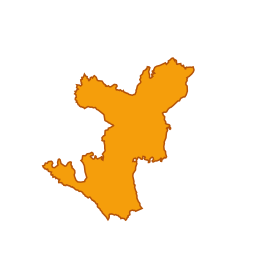 Kubake, Maseru, Lesotho, rotated 48°
{"feature_id": "5366337B67565393962303", "entity_name": "Kubake", "entity_type": "district", "adm_level": 2, "iso_a3": "LSO", "parent_name": "Lesotho", "parent_adm1": "Maseru", "projection": "orthographic", "projection_center": [27.695, -29.673], "detail": "fine", "context": "isolated", "style": "filled", "palette": "amber", "viewbox_px": 256, "rotation_deg": 48, "n_neighbors": 0, "source": "geoboundaries", "source_scale": "gbopen_adm2", "svg_char_len": 5938}
<svg xmlns="http://www.w3.org/2000/svg" viewBox="0 0 256 256"><g transform="rotate(48 128 128)"><path d="M190.6,193.9L191.0,192.8L193.0,191.3L194.8,191.5L195.0,190.6L194.0,188.2L194.3,187.4L193.3,186.8L193.7,184.6L191.8,183.3L191.1,182.2L191.3,181.1L192.2,179.4L193.2,179.0L193.8,178.1L195.0,178.0L197.2,171.3L194.4,171.2L193.3,170.8L192.0,169.7L189.6,169.5L186.1,168.3L184.2,166.6L182.1,165.7L181.7,164.7L180.1,164.4L176.5,162.8L175.9,161.9L175.3,161.7L175.2,161.0L173.8,161.1L172.8,160.5L171.8,159.4L166.9,156.6L165.3,154.7L164.2,150.5L162.1,148.4L160.5,145.3L159.2,144.7L158.9,144.1L158.0,144.1L157.4,145.7L156.7,145.9L156.1,146.8L154.8,144.8L154.7,144.0L155.5,142.6L157.6,142.9L156.6,140.3L156.7,139.8L158.3,139.1L159.9,139.1L160.7,138.3L160.6,137.7L159.1,135.9L160.3,134.9L161.3,134.8L161.6,136.2L162.5,136.6L164.2,135.6L165.1,134.7L166.2,134.7L167.3,135.9L167.7,135.5L167.8,134.4L165.7,132.5L165.6,130.3L165.9,129.5L166.9,129.3L168.4,130.0L168.6,132.1L169.6,132.3L170.1,132.0L170.7,129.8L171.7,128.7L172.6,126.2L172.7,124.7L172.4,124.1L172.8,123.6L173.2,123.9L174.2,125.7L174.6,125.9L175.3,125.4L174.0,123.4L174.6,121.8L174.2,120.7L175.5,120.0L175.2,118.6L172.4,117.3L170.5,115.8L168.5,115.8L165.7,113.8L163.6,111.1L162.7,110.6L160.7,106.4L157.1,102.4L156.2,100.2L154.8,99.3L154.2,99.7L154.0,99.4L154.0,98.5L154.4,98.0L155.6,97.4L156.4,97.8L157.1,97.6L157.1,96.9L156.5,96.3L155.3,96.1L154.6,96.6L154.0,95.2L153.0,95.3L150.6,96.9L149.8,97.0L149.7,96.6L148.4,95.8L146.2,95.5L144.2,93.2L142.1,93.2L140.0,92.4L140.3,90.6L141.2,89.8L141.8,88.6L140.9,85.7L140.8,83.7L141.4,81.9L141.5,79.4L141.3,72.8L142.1,71.9L142.2,71.4L141.2,69.0L142.1,65.8L142.9,65.0L142.7,64.1L142.3,62.6L140.3,59.2L136.4,56.0L134.4,55.9L133.0,54.6L132.4,52.4L131.3,51.8L131.1,50.9L130.0,50.7L130.5,48.1L130.5,44.6L130.0,41.9L129.0,40.1L126.2,38.7L125.3,40.4L124.6,40.8L122.3,43.8L121.9,43.9L121.9,44.7L122.6,45.5L122.3,45.9L121.2,45.4L120.1,45.7L118.7,44.9L118.3,45.0L118.4,46.2L118.0,46.4L116.5,46.4L115.4,45.7L113.8,48.1L113.8,48.6L113.1,49.1L110.2,46.9L108.2,47.5L109.0,48.2L106.1,47.7L105.4,49.2L105.6,50.8L105.2,53.2L106.3,53.9L106.4,56.9L104.6,56.6L102.8,62.5L101.3,65.4L100.9,67.5L101.9,69.8L102.5,70.2L102.0,71.9L103.0,72.4L103.7,71.5L105.2,71.5L103.8,74.5L104.0,74.7L105.0,74.3L105.2,75.1L106.2,75.0L106.0,76.3L106.4,76.5L106.0,78.0L105.0,78.3L103.1,76.6L100.0,75.0L98.0,71.7L97.8,72.0L97.1,71.4L96.7,71.5L96.4,71.7L96.6,72.0L95.4,72.6L96.7,74.6L96.3,74.8L96.6,75.8L96.0,78.4L97.6,81.2L97.6,83.9L99.3,85.0L99.9,86.8L102.4,87.6L102.8,89.1L102.6,90.6L103.0,92.9L105.1,95.9L105.2,96.6L106.5,97.7L107.7,100.4L106.9,101.5L106.6,102.9L103.5,104.9L102.0,105.0L101.2,105.9L100.5,105.9L99.8,106.5L99.4,106.4L98.9,106.9L97.5,106.6L97.7,106.9L96.4,107.6L96.4,107.9L94.6,108.1L94.4,109.2L93.8,109.2L93.5,109.9L92.4,110.3L91.9,111.1L90.2,110.5L89.8,109.8L89.8,108.4L88.9,107.7L88.0,107.7L86.4,109.1L85.9,113.2L84.9,114.2L83.5,114.3L83.0,115.8L82.1,116.4L81.8,116.0L81.4,116.4L80.8,115.9L78.8,116.4L75.8,115.9L72.9,118.5L71.8,118.8L69.1,117.7L66.6,118.0L66.5,119.1L67.1,120.9L65.8,121.1L65.6,121.7L65.6,122.7L66.6,123.5L66.7,125.4L66.4,125.5L65.7,124.7L63.5,125.0L62.5,124.0L61.2,124.7L58.8,124.3L60.2,126.8L60.3,127.5L59.5,128.3L59.7,128.8L61.1,129.1L61.2,129.4L60.6,130.9L62.4,132.1L63.6,132.3L63.7,132.9L64.9,133.2L65.2,134.2L65.0,135.2L63.7,135.4L61.6,137.2L62.5,137.4L63.6,139.2L65.8,139.0L65.4,140.5L66.0,141.7L65.4,142.8L66.3,142.8L66.6,143.1L66.9,144.8L68.4,144.4L70.6,145.9L70.4,146.8L71.2,147.9L71.8,148.2L73.3,147.8L74.2,149.1L74.9,148.5L77.3,149.4L78.5,149.0L79.2,149.3L80.7,148.9L81.0,148.3L82.0,148.1L83.0,147.2L84.4,147.3L85.3,143.3L87.1,142.3L88.5,140.7L89.7,140.3L91.0,138.5L93.2,138.8L94.7,138.1L101.3,137.0L102.3,137.1L106.8,140.0L107.4,140.0L109.8,139.0L111.0,139.0L112.2,138.3L114.7,137.7L115.3,137.1L116.6,137.2L115.9,140.8L115.0,142.7L115.9,143.9L115.8,144.4L114.7,146.3L114.7,146.8L118.0,150.2L117.5,151.5L117.8,153.9L119.2,154.7L119.9,155.7L121.0,155.2L121.6,154.3L122.1,154.4L122.6,155.3L125.3,156.9L127.7,159.0L129.6,160.2L130.3,164.5L131.9,164.8L133.0,165.5L135.1,168.2L133.6,168.6L132.8,167.8L132.5,166.8L132.0,166.7L131.6,167.0L131.8,167.6L130.6,171.3L128.4,171.7L127.9,170.8L127.0,170.8L126.8,171.1L128.3,173.4L128.1,174.4L127.5,174.8L124.1,175.1L123.9,174.5L124.2,173.4L124.9,172.6L124.7,171.8L123.4,170.9L121.9,171.2L121.3,173.5L119.9,175.5L119.8,176.5L120.2,177.5L120.1,178.2L118.6,179.8L118.4,180.4L120.8,183.3L120.6,184.7L123.5,184.7L126.8,185.7L131.8,189.2L137.3,191.8L138.0,195.0L138.8,196.0L136.7,199.3L134.4,201.4L132.1,201.6L128.5,200.3L126.8,199.3L125.8,197.5L124.0,196.1L121.0,196.0L120.1,196.3L119.1,195.2L118.8,195.5L117.0,194.8L115.5,193.1L114.9,193.4L114.4,193.7L113.8,195.6L114.7,199.1L114.6,199.8L114.0,200.5L109.6,201.5L106.1,199.7L105.0,199.9L104.8,200.8L106.4,203.3L108.7,204.8L108.4,209.0L107.1,210.2L106.3,210.3L104.5,209.3L103.9,207.5L102.3,207.0L101.4,207.2L99.7,209.7L100.2,211.6L98.8,212.9L99.9,215.0L99.1,216.7L100.9,217.3L102.2,216.8L102.8,217.1L103.3,216.5L104.4,216.3L104.7,215.5L105.1,215.9L105.9,215.5L107.0,216.1L109.6,214.4L110.2,215.6L111.2,216.5L112.0,216.2L112.4,215.3L114.4,216.7L115.3,214.9L117.1,215.3L117.0,214.7L119.8,213.9L120.5,213.2L120.9,213.7L120.9,214.9L122.2,216.0L124.3,213.8L125.4,214.2L127.0,213.7L127.6,214.0L129.2,212.7L129.0,211.9L130.3,211.0L130.9,211.0L132.0,209.9L132.6,210.1L134.1,209.5L134.6,208.6L135.3,208.8L136.3,208.2L137.0,208.4L139.3,208.0L140.7,206.8L142.4,206.7L143.5,205.4L144.9,205.0L145.9,204.9L146.7,205.3L148.6,204.9L150.0,205.3L151.1,204.7L153.3,204.4L153.5,203.0L154.0,202.5L157.8,202.9L158.2,202.4L159.5,202.4L159.9,201.9L163.0,202.3L163.7,202.1L164.0,201.6L166.1,203.4L169.6,203.0L170.3,203.4L172.8,203.4L173.7,203.8L179.4,203.7L182.8,204.3L182.4,202.9L181.5,201.4L180.0,200.3L179.9,198.8L180.7,198.3L180.9,197.6L183.7,196.2L184.1,195.0L185.8,194.5L186.6,193.7L187.8,194.0L189.2,193.4L190.6,193.9Z" fill="#f59e0b" stroke="#b45309" stroke-width="1.5"/></g></svg>